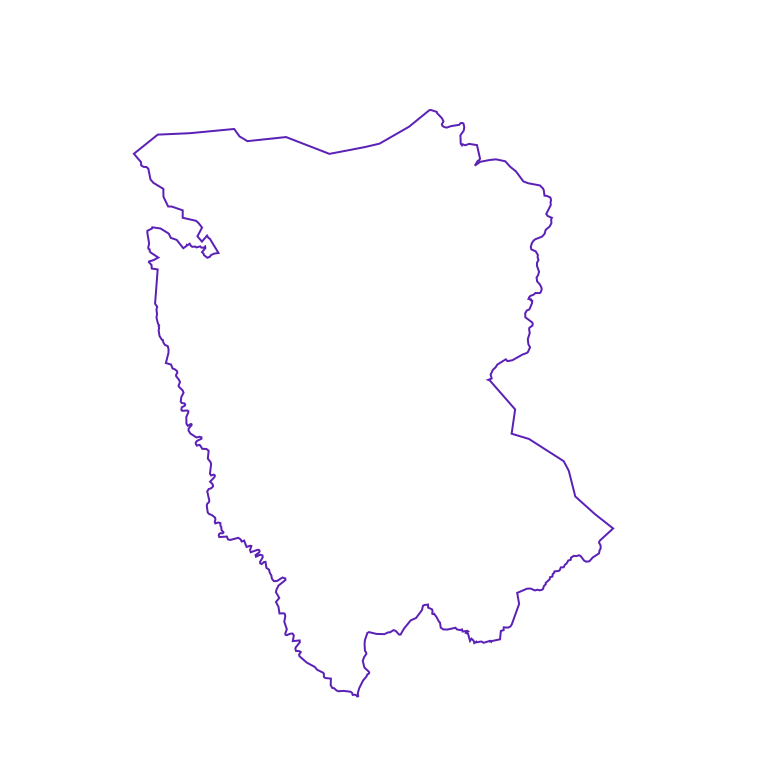 Gabriel Zamora, Michoacán, Mexico, rotated 346°
{"feature_id": "50627088B34750510771659", "entity_name": "Gabriel Zamora", "entity_type": "district", "adm_level": 2, "iso_a3": "MEX", "parent_name": "Mexico", "parent_adm1": "Michoacán", "projection": "albers", "projection_center": [-102.041, 19.155], "detail": "fine", "context": "isolated", "style": "outline", "palette": "violet", "viewbox_px": 768, "rotation_deg": 346, "n_neighbors": 0, "source": "geoboundaries", "source_scale": "gbopen_adm2", "svg_char_len": 6164}
<svg xmlns="http://www.w3.org/2000/svg" viewBox="0 0 768 768"><g transform="rotate(346 384 384)"><path d="M571.4,579.6L557.2,561.3L542.4,539.4L542.3,512.9L539.7,502.4L511.4,472.4L495.8,463.1L505.1,440.4L487.6,406.3L486.1,405.2L489.8,404.7L489.7,400.7L493.1,396.6L496.2,394.9L498.6,392.6L508.2,389.5L509.3,391.7L514.3,392.0L525.6,388.9L529.8,388.5L531.3,387.9L534.6,383.7L533.7,380.3L534.4,375.2L537.7,369.9L538.1,365.7L538.8,364.5L542.1,363.3L542.8,361.8L542.8,360.3L537.3,353.5L538.1,349.5L540.4,347.2L543.1,346.8L547.0,341.6L548.0,339.3L547.3,338.0L547.0,338.7L545.7,336.7L544.8,336.4L545.9,334.9L547.4,333.9L550.8,333.5L553.0,332.3L557.1,333.5L558.2,332.9L559.9,330.4L560.1,328.4L559.2,324.8L557.4,321.5L557.8,317.6L559.9,315.6L561.6,312.6L561.0,306.2L561.8,303.4L563.9,301.0L563.7,298.2L564.5,296.0L563.3,292.0L559.5,289.0L559.6,286.5L561.5,283.2L563.5,281.3L565.6,280.2L573.1,279.2L576.1,277.2L578.2,273.5L582.8,271.3L585.3,268.5L586.1,264.5L587.1,263.4L583.4,260.5L582.6,258.2L589.1,250.7L589.6,247.8L590.6,246.1L590.5,243.2L587.5,240.9L585.3,240.1L585.9,234.6L585.6,232.9L583.4,229.1L572.3,224.0L568.2,221.1L563.4,209.5L559.1,203.9L555.5,197.2L547.0,193.1L540.7,192.2L531.1,191.7L525.0,194.1L529.0,190.1L530.5,189.9L531.7,188.6L532.0,174.7L524.7,171.6L520.6,172.0L518.2,170.4L517.4,171.3L516.6,169.4L518.3,161.2L522.6,157.5L524.0,154.3L524.1,150.6L523.4,149.8L521.5,149.4L519.7,150.7L511.3,150.0L506.9,150.4L504.5,149.2L503.0,147.4L503.0,145.9L505.2,143.7L504.6,140.3L501.0,134.0L501.0,132.7L495.8,129.5L494.2,129.3L470.6,140.4L437.8,149.7L423.3,149.5L386.7,147.5L348.7,120.7L310.2,115.3L303.7,108.8L300.3,100.3L256.4,93.7L224.8,87.3L197.0,100.1L201.9,109.9L201.3,113.2L203.3,115.2L206.0,116.0L207.4,118.1L206.9,129.0L208.9,133.0L217.1,141.3L215.3,149.0L217.5,159.5L221.0,160.5L230.7,166.8L228.9,174.0L241.1,180.2L242.9,182.8L245.3,188.2L238.7,195.6L241.8,201.8L248.2,197.2L249.0,199.8L250.2,201.0L255.1,216.8L250.5,216.4L247.0,217.2L246.1,218.3L243.2,218.8L240.5,215.4L240.4,213.7L239.3,212.0L243.6,208.9L243.7,207.3L242.0,208.1L239.8,207.5L239.0,206.0L235.0,206.1L234.1,205.0L231.1,204.5L230.0,203.1L229.4,200.9L226.8,201.8L226.3,201.3L225.6,202.4L222.1,203.7L217.7,194.0L212.4,190.6L211.6,186.1L204.9,179.1L197.1,175.9L196.5,177.0L191.5,178.1L190.9,180.3L190.1,190.8L188.2,194.7L188.2,195.8L189.1,196.6L188.8,198.6L189.6,200.2L195.6,206.7L190.0,208.1L185.8,208.2L185.3,208.8L187.2,212.2L186.6,215.8L192.1,218.1L181.3,250.7L182.6,254.2L181.2,256.9L180.7,261.1L179.3,264.7L179.3,270.9L180.0,272.8L179.3,273.5L179.4,275.1L178.3,277.5L177.8,283.1L179.2,287.4L180.0,287.7L180.0,290.5L180.8,293.0L183.3,294.9L183.4,298.0L182.4,301.7L177.4,310.9L182.1,313.6L182.6,317.8L184.4,318.9L186.3,321.4L186.2,323.1L184.6,324.6L184.2,326.1L186.1,330.4L186.5,332.9L184.4,335.7L184.2,336.8L187.1,341.6L187.4,344.0L184.2,347.6L182.5,351.9L183.2,353.6L185.6,354.5L186.2,355.8L185.4,356.9L182.1,357.7L181.1,360.1L181.7,361.2L186.6,362.1L187.5,362.8L187.3,364.2L184.2,368.2L182.7,374.7L183.5,377.1L186.7,376.1L187.4,376.3L187.5,377.2L183.6,380.1L183.1,382.1L184.2,385.3L189.1,390.5L192.3,390.6L194.0,391.6L193.6,393.0L188.7,394.0L187.2,395.2L186.9,396.6L187.5,398.5L190.1,398.4L190.7,398.9L192.0,403.0L195.9,404.0L197.7,406.3L195.0,413.8L196.8,417.9L196.9,419.8L193.4,429.0L194.1,430.9L196.8,430.7L197.7,431.6L197.5,432.7L196.3,433.8L191.6,436.7L193.5,439.9L193.4,442.0L191.0,443.4L188.5,443.5L186.5,445.4L186.3,454.8L185.7,456.2L183.5,457.5L182.6,459.1L181.9,466.0L182.6,467.5L185.8,470.1L187.8,472.9L187.6,474.8L186.4,477.0L186.6,478.5L189.6,478.3L191.6,479.3L191.0,481.7L191.5,483.5L191.0,486.4L192.4,489.0L191.4,489.8L189.1,489.2L187.8,489.6L187.0,491.1L187.2,492.7L194.6,494.0L195.0,497.0L196.9,498.1L205.4,498.0L207.2,500.0L207.8,502.4L210.4,502.1L211.2,508.8L215.3,508.6L216.1,509.1L213.9,512.6L214.0,515.0L221.5,514.3L222.7,515.0L222.9,516.1L222.0,517.3L218.0,518.9L218.0,520.6L222.5,519.7L224.6,520.9L224.4,522.8L220.8,526.5L220.5,528.2L221.8,529.1L224.5,527.7L226.0,527.9L225.4,533.9L227.5,536.3L227.5,539.6L228.4,542.7L228.1,545.6L229.4,548.6L232.4,549.3L238.7,547.2L241.2,548.8L240.9,550.4L232.8,554.1L229.8,557.7L228.8,559.8L230.6,566.3L226.4,569.4L227.7,574.5L227.1,581.4L231.2,582.2L232.1,583.0L232.1,585.3L229.7,590.6L230.4,598.4L227.9,602.1L227.8,603.6L228.9,604.2L232.4,603.6L234.9,604.0L235.7,606.1L233.3,611.4L240.1,612.4L239.9,614.2L234.5,618.3L233.9,619.8L234.0,621.7L237.3,622.8L238.4,624.0L236.1,626.1L236.1,627.7L241.8,635.8L248.3,641.7L250.0,645.1L255.2,649.5L255.6,650.7L254.9,653.1L255.1,654.3L256.2,655.2L261.2,657.0L259.4,663.4L260.3,666.4L262.0,667.1L263.8,669.9L265.4,671.1L270.6,672.0L277.1,674.5L278.3,676.0L278.4,678.1L280.5,678.4L281.9,679.4L282.4,680.7L283.4,680.7L283.8,677.6L286.4,673.1L291.9,666.7L296.3,663.5L297.5,661.8L299.2,661.4L299.8,660.6L299.7,659.5L296.4,654.4L296.4,647.6L298.7,644.1L301.6,641.6L301.7,640.1L301.0,638.2L302.1,632.1L303.4,628.1L307.6,621.6L309.4,621.1L316.3,624.7L323.9,626.8L327.9,626.0L329.8,626.4L333.8,625.1L335.7,626.5L338.0,630.8L339.5,631.1L344.1,626.3L352.7,619.8L358.5,618.8L366.1,612.6L368.2,608.6L369.9,608.2L373.4,608.7L372.7,611.6L376.1,614.3L376.2,615.9L375.2,618.5L376.0,619.2L377.0,619.0L378.5,622.6L379.9,628.0L380.6,629.0L380.1,634.1L382.2,636.5L386.2,637.6L394.4,637.8L395.3,639.7L398.6,641.3L400.3,641.0L400.4,643.2L405.3,643.7L405.8,644.5L404.0,644.6L403.2,645.3L405.1,646.7L405.3,654.1L407.3,652.3L408.8,654.7L408.9,657.2L410.9,656.5L410.8,657.0L415.4,657.3L416.5,657.6L418.0,659.2L424.2,658.9L424.5,659.5L425.3,659.1L425.8,660.0L426.3,659.5L434.8,659.8L437.7,651.8L440.5,651.8L441.3,649.1L445.5,650.4L448.0,649.9L449.8,648.2L461.9,630.1L462.7,618.9L473.4,617.2L476.9,618.0L480.5,620.8L483.0,620.7L485.3,621.9L487.5,621.9L488.8,621.3L490.1,618.9L492.5,617.4L492.8,616.1L497.5,613.6L498.4,611.6L500.8,611.6L501.8,609.2L503.5,608.3L504.0,607.1L508.5,607.6L509.5,607.1L511.2,604.7L514.0,605.3L515.8,603.1L517.6,602.4L520.1,599.8L522.6,599.8L523.5,597.7L526.6,596.7L528.9,597.5L531.9,597.4L533.3,598.7L535.4,603.7L537.2,605.3L540.4,605.7L544.6,602.8L551.6,600.4L553.2,597.1L554.4,596.2L555.1,593.0L554.2,589.9L555.5,588.2L571.4,579.6Z" fill="none" stroke="#5b21b6" stroke-width="2"/></g></svg>